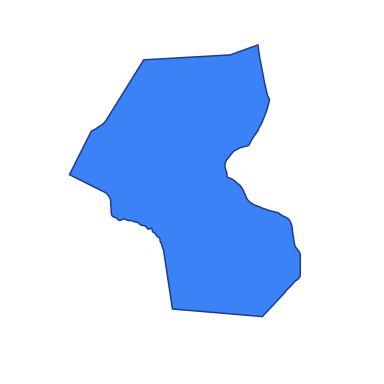 Proteccion, Santa Bárbara, Honduras (Mercator projection), rotated 161°
{"feature_id": "27666195B44112403281075", "entity_name": "Proteccion", "entity_type": "district", "adm_level": 2, "iso_a3": "HND", "parent_name": "Honduras", "parent_adm1": "Santa Bárbara", "projection": "mercator", "projection_center": [-88.617, 15.083], "detail": "fine", "context": "isolated", "style": "filled", "palette": "blue", "viewbox_px": 384, "rotation_deg": 161, "n_neighbors": 0, "source": "geoboundaries", "source_scale": "gbopen_adm2", "svg_char_len": 5828}
<svg xmlns="http://www.w3.org/2000/svg" viewBox="0 0 384 384"><g transform="rotate(161 192 192)"><path d="M87.5,274.0L86.9,278.2L85.4,288.6L84.6,294.3L83.9,298.7L83.8,299.5L83.0,303.5L82.2,307.6L81.8,309.6L111.3,309.2L194.6,332.7L248.9,288.5L250.9,286.9L252.0,286.4L252.6,286.0L253.8,285.4L254.9,285.0L256.2,284.6L257.7,284.3L258.7,284.1L259.3,284.0L260.5,283.6L261.3,283.4L262.0,283.1L263.1,282.9L264.2,282.7L267.4,282.3L302.2,248.3L273.0,218.5L273.0,217.9L273.0,217.7L272.7,216.7L272.5,216.3L272.3,215.7L272.1,215.2L271.9,214.7L271.8,214.0L271.7,213.4L271.6,212.7L271.6,212.1L271.6,211.6L271.6,211.2L271.7,210.9L271.7,210.5L271.9,209.8L272.2,208.9L272.4,208.3L272.8,207.0L272.9,206.6L273.1,205.8L273.4,204.7L273.5,204.1L273.6,203.6L273.7,203.1L273.8,202.6L274.1,201.8L274.3,201.4L274.9,199.3L275.2,198.2L275.3,198.0L275.3,197.7L275.4,197.4L275.4,196.7L275.4,196.4L275.3,196.1L275.3,195.7L275.1,195.3L274.9,194.9L274.7,194.5L274.4,194.2L274.2,193.9L273.8,193.5L273.3,193.1L272.9,192.8L272.6,192.6L272.3,192.4L272.0,192.3L271.9,192.2L270.7,189.7L270.5,189.3L270.3,189.1L270.2,188.9L269.8,188.7L269.6,188.6L269.3,188.6L268.9,188.6L268.6,188.6L268.1,188.6L267.8,188.7L267.0,188.8L266.6,188.8L266.1,188.8L265.8,188.8L265.5,188.8L265.1,188.7L264.9,188.6L264.6,188.4L264.3,188.2L264.1,188.0L263.5,187.3L263.0,186.9L262.5,186.5L262.0,186.0L261.5,185.7L261.2,185.6L260.8,185.5L260.3,185.4L260.2,185.4L259.7,185.2L258.6,184.5L257.3,183.5L256.8,183.1L256.2,182.6L255.7,182.3L255.4,182.1L254.8,181.8L254.3,181.6L253.7,181.2L253.3,180.9L253.2,180.8L253.0,180.7L252.9,180.5L252.6,180.0L252.4,179.6L252.2,179.0L251.9,178.6L251.7,178.3L251.5,178.0L251.1,177.5L250.7,177.1L250.4,176.9L250.1,176.8L249.6,176.6L249.3,176.4L248.8,176.1L248.2,175.7L247.8,175.4L247.6,175.2L247.4,175.0L247.0,174.5L246.5,173.9L246.4,173.6L246.3,173.4L246.4,173.0L246.3,172.7L246.3,172.4L246.2,172.2L245.9,171.7L245.7,171.4L245.5,171.2L245.3,171.1L245.1,171.0L244.7,171.0L243.7,171.0L243.0,171.1L242.7,171.2L242.4,171.0L242.1,170.8L242.0,170.5L242.0,170.3L241.9,169.9L242.0,169.6L242.2,167.4L242.2,167.2L242.0,166.8L241.6,166.5L241.4,166.3L241.2,166.1L241.0,165.9L240.8,165.4L240.4,164.8L240.3,164.6L240.2,164.3L240.2,164.1L240.1,163.6L240.0,163.2L239.7,162.3L239.6,162.0L239.2,161.3L237.7,158.7L237.6,158.4L237.6,158.2L237.6,157.8L237.7,157.6L237.9,157.2L237.9,156.8L238.1,156.2L238.1,155.7L238.1,154.9L238.1,154.7L238.1,154.4L238.0,154.2L237.9,153.6L237.8,152.4L237.9,148.4L237.9,145.9L248.6,87.7L166.0,51.3L136.3,67.1L136.2,67.3L136.1,67.5L135.9,67.7L135.7,67.9L135.3,68.1L134.7,68.4L133.6,68.8L133.3,69.0L131.3,69.9L129.0,71.0L128.2,71.4L127.2,72.0L126.7,72.3L126.1,72.7L125.8,72.9L125.3,73.2L124.7,73.5L123.8,73.9L123.1,74.2L122.4,74.4L121.4,74.7L120.8,74.9L120.3,75.1L119.7,75.4L119.2,75.7L118.4,76.1L118.2,76.3L117.9,76.5L117.7,76.7L117.5,76.9L117.3,77.1L117.2,77.3L117.1,77.5L116.9,77.8L116.2,79.6L115.6,81.1L115.1,82.8L114.2,85.2L113.1,88.6L112.7,89.9L112.3,91.1L111.5,93.1L111.1,94.1L110.7,95.2L110.3,96.6L110.2,97.0L110.0,97.5L109.9,98.3L109.9,98.8L109.9,99.3L109.9,99.8L110.0,100.2L110.1,100.6L110.2,101.0L110.7,102.1L110.9,102.9L111.2,103.8L111.6,104.9L111.8,105.5L111.9,106.2L112.0,106.9L112.1,107.6L112.1,108.3L112.0,109.2L111.9,110.1L111.9,110.7L111.6,112.3L111.3,113.8L111.0,115.7L110.0,120.6L109.1,124.9L108.9,125.9L108.8,126.8L108.6,127.9L108.6,128.4L108.6,129.1L108.6,129.7L108.6,130.7L108.7,131.6L108.8,132.2L108.9,133.0L109.0,133.5L109.2,133.9L109.3,134.3L109.4,134.6L109.6,135.0L109.8,135.3L110.1,135.8L110.4,136.2L110.6,136.5L110.9,136.9L111.3,137.4L111.7,137.8L112.2,138.3L112.8,138.9L113.4,139.4L113.7,139.6L113.9,139.8L114.3,140.3L115.0,141.2L115.6,141.9L116.0,142.4L116.3,143.1L116.5,143.4L116.7,143.7L117.1,144.0L117.3,144.2L118.0,144.8L118.6,145.2L119.1,145.6L120.3,146.3L121.9,147.3L122.8,147.9L124.0,148.7L125.3,149.6L128.0,151.7L130.2,153.4L131.3,154.3L131.6,154.6L131.9,155.0L132.1,155.2L132.7,155.8L133.4,156.4L134.4,157.2L134.9,157.6L135.8,158.2L136.5,158.7L136.8,159.1L137.2,159.4L137.5,159.8L138.4,160.8L139.4,162.0L140.1,163.0L140.6,163.7L140.9,164.3L141.1,164.8L141.4,165.3L141.6,165.8L141.8,166.3L142.0,166.7L142.1,167.3L142.3,167.9L142.3,168.3L142.4,168.8L142.7,173.1L143.0,176.8L143.1,177.3L143.1,177.7L143.3,178.6L143.7,180.1L144.0,181.1L144.3,182.1L144.5,182.6L144.6,182.9L144.8,183.2L145.0,183.7L145.2,184.0L145.5,184.3L145.9,184.8L146.3,185.2L146.5,185.6L146.7,185.9L146.9,186.3L147.1,186.7L147.4,187.5L147.7,188.1L147.9,188.5L148.1,188.8L148.6,189.5L149.0,190.0L149.6,190.7L150.1,191.3L150.7,191.9L151.2,192.4L152.0,193.0L152.4,193.3L153.0,193.9L153.3,194.2L153.6,194.6L153.8,194.9L153.9,195.1L153.9,195.3L153.8,195.7L153.4,197.1L153.0,198.1L152.9,198.3L152.9,198.5L152.8,201.2L152.8,204.0L152.7,204.3L152.7,204.7L152.6,205.3L152.4,205.8L152.3,206.2L152.0,207.0L151.8,207.4L151.5,207.9L151.3,208.3L151.1,208.6L150.7,209.1L150.5,209.4L150.1,209.8L149.6,210.3L149.1,210.8L148.7,211.1L147.1,212.1L145.8,213.0L143.4,214.5L141.0,216.0L140.6,216.2L140.2,216.5L139.6,216.7L139.0,217.0L138.7,217.1L138.4,217.2L133.0,218.1L132.6,218.1L132.1,218.2L131.7,218.2L131.3,218.2L124.4,217.6L124.1,217.6L123.7,217.7L123.4,217.7L123.2,217.8L122.6,218.0L122.4,218.2L122.2,218.4L120.5,220.1L118.5,222.0L117.6,222.8L117.2,223.1L116.3,223.8L115.0,224.7L111.4,227.3L109.8,228.5L109.6,228.6L109.4,228.8L109.3,229.0L109.0,229.5L108.7,229.9L108.5,230.2L108.3,230.4L107.6,231.0L106.9,231.6L106.5,231.9L105.8,232.4L105.4,232.7L105.1,233.0L104.2,234.0L103.5,234.7L101.0,237.5L98.5,240.3L97.4,241.7L95.5,243.9L94.4,245.4L94.0,246.0L93.3,246.9L92.3,248.4L90.8,250.7L90.2,251.6L89.0,253.5L88.8,253.9L88.7,254.3L88.6,254.5L88.5,254.8L88.5,255.0L88.6,255.3L88.8,255.6L88.9,255.9L89.0,256.1L89.0,256.3L89.1,257.0L89.1,257.7L89.1,258.4L89.1,259.7L88.9,261.2L88.5,265.8L88.0,270.5L87.5,274.0Z" fill="#3b82f6" stroke="#1e3a8a" stroke-width="1.5"/></g></svg>